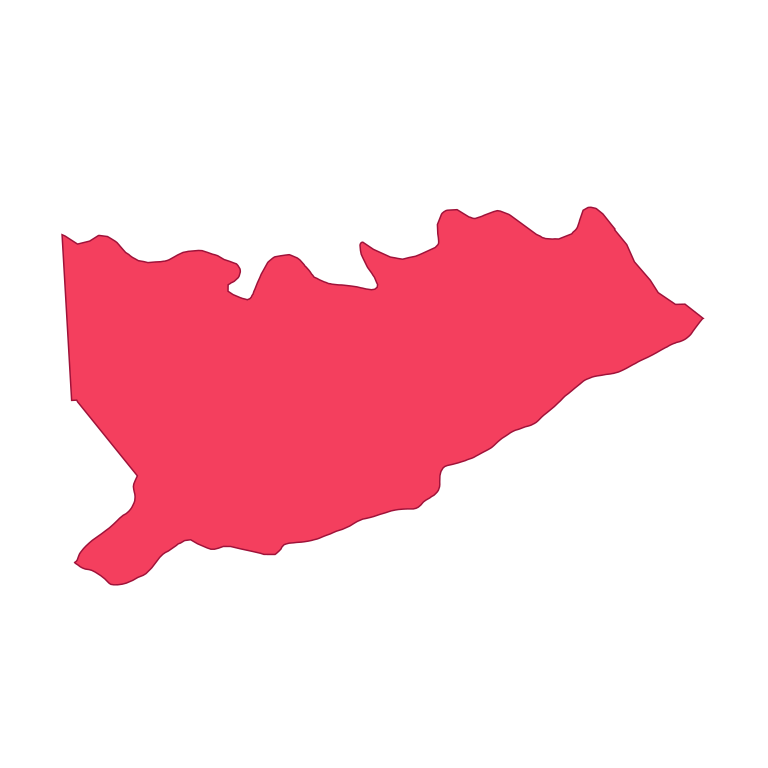 Catin, Laborie, Saint Lucia (Mercator projection), rotated 85°
{"feature_id": "8701671B96536961646106", "entity_name": "Catin", "entity_type": "district", "adm_level": 2, "iso_a3": "LCA", "parent_name": "Saint Lucia", "parent_adm1": "Laborie", "projection": "mercator", "projection_center": [-60.98, 13.778], "detail": "fine", "context": "isolated", "style": "filled", "palette": "rose", "viewbox_px": 768, "rotation_deg": 85, "n_neighbors": 0, "source": "geoboundaries", "source_scale": "gbopen_adm2", "svg_char_len": 5891}
<svg xmlns="http://www.w3.org/2000/svg" viewBox="0 0 768 768"><g transform="rotate(85 384 384)"><path d="M373.1,696.6L373.3,691.5L375.2,690.7L454.0,637.7L456.1,638.9L458.0,640.0L459.5,640.8L461.9,642.0L464.4,642.6L466.9,642.5L469.6,642.2L472.2,641.8L474.7,641.8L476.0,642.0L478.7,642.5L480.5,643.3L482.9,644.7L485.0,646.0L486.0,646.8L487.0,647.7L488.3,649.0L489.7,650.8L490.8,652.4L492.0,655.2L494.6,659.0L496.9,661.7L500.2,665.8L503.4,670.1L506.0,674.3L508.7,678.6L511.2,682.9L514.3,688.2L516.6,691.4L519.4,695.0L521.7,697.6L524.0,699.8L525.3,701.0L526.7,702.1L528.4,703.0L530.1,703.8L532.5,704.9L533.9,706.1L534.8,707.7L535.5,707.3L536.1,706.6L537.5,704.8L539.6,702.5L541.0,700.4L542.3,697.7L543.2,693.9L544.2,691.3L546.2,688.1L550.2,682.9L553.8,679.1L557.1,676.4L558.6,675.1L559.8,673.5L560.5,670.6L560.8,666.6L560.6,662.3L559.9,658.1L557.7,651.4L555.2,646.0L553.6,640.6L552.1,637.6L548.1,632.8L546.9,631.4L541.1,626.1L537.2,622.6L534.3,619.1L532.8,616.5L531.6,613.4L526.9,605.2L525.3,602.9L524.7,600.6L522.6,596.3L522.3,590.2L526.9,583.7L531.9,574.4L533.5,570.8L533.8,567.3L533.1,563.1L531.8,558.2L532.5,550.9L535.7,541.3L539.1,530.3L541.9,521.7L543.3,518.4L544.3,507.4L543.5,506.1L542.9,505.3L541.4,503.3L539.5,501.1L537.5,499.9L535.4,497.6L534.8,495.4L534.3,492.4L534.3,487.7L534.2,484.7L534.3,480.0L534.2,477.2L533.9,472.9L533.5,469.6L533.1,467.6L532.5,463.8L531.9,461.7L530.5,457.4L529.7,454.6L528.6,450.4L527.7,447.9L526.5,444.3L525.1,438.0L522.5,430.5L519.9,425.4L518.5,422.4L516.7,416.9L516.4,413.9L515.7,409.1L515.1,405.8L513.5,399.3L512.4,393.8L511.5,390.0L511.0,387.8L510.5,383.6L510.3,380.7L510.3,375.9L510.5,371.3L510.8,368.2L511.0,365.7L510.6,362.9L509.7,360.6L507.8,357.9L506.5,356.6L505.6,355.7L504.8,354.8L503.4,352.5L502.5,350.6L501.5,348.4L500.2,346.3L499.2,344.0L497.8,342.2L496.1,340.3L494.6,339.1L493.3,338.5L491.2,337.6L489.1,337.2L486.2,337.0L480.2,336.3L476.1,334.9L474.7,333.9L474.3,333.6L472.9,332.6L471.5,330.7L470.7,328.0L470.4,325.6L470.0,322.7L469.5,319.8L469.0,316.9L468.4,314.3L467.4,309.7L466.7,307.7L466.0,304.9L465.6,303.1L464.9,301.0L463.6,298.2L462.9,296.5L461.3,292.9L460.2,290.3L459.1,287.6L458.2,285.5L457.0,283.0L456.2,281.7L454.5,279.4L453.6,278.3L451.6,275.8L450.1,273.7L448.4,271.2L447.2,268.9L446.0,266.6L445.0,264.8L443.5,262.2L442.4,259.7L441.5,257.2L440.8,253.6L438.9,246.9L438.5,244.2L438.1,242.3L437.7,240.8L436.9,238.9L436.5,237.8L435.5,235.8L434.3,234.1L433.0,232.5L430.9,230.1L429.0,227.6L426.9,224.4L424.8,221.3L423.4,219.3L421.4,216.4L419.8,214.4L418.1,212.3L416.1,209.7L413.6,206.9L412.0,205.0L411.0,203.5L409.4,200.9L404.9,194.5L400.1,187.4L398.4,185.0L397.5,183.2L396.9,181.6L396.3,179.5L395.6,177.2L395.2,175.9L394.8,173.6L394.5,170.8L394.3,166.9L393.8,162.0L393.7,157.8L393.5,155.9L393.4,154.3L392.9,151.7L392.5,149.4L391.7,147.0L390.8,144.5L389.5,141.2L387.7,137.2L386.4,134.3L385.3,131.5L384.3,129.5L383.3,127.1L382.0,123.6L380.3,118.8L378.2,113.6L376.2,109.1L374.2,104.8L373.4,103.0L372.3,100.5L371.6,98.5L371.0,97.4L370.2,95.6L369.6,94.0L368.9,91.9L368.6,90.4L368.1,89.1L367.7,86.5L367.4,85.0L366.6,82.5L365.7,80.3L364.8,78.7L364.0,77.5L362.8,75.8L361.8,74.6L360.8,73.6L359.2,72.3L358.3,71.6L356.6,70.1L355.9,69.5L354.0,67.8L352.1,66.1L349.5,63.7L346.8,61.1L346.5,60.3L330.7,77.2L330.1,86.7L316.9,102.9L303.8,109.7L284.1,123.9L266.3,130.0L250.5,140.8L249.8,140.4L245.2,143.5L233.7,151.1L227.8,157.2L227.5,157.8L227.3,158.3L226.0,162.4L225.9,164.5L226.0,165.5L228.3,170.5L238.4,175.0L239.2,175.2L244.8,177.7L245.2,178.0L246.5,179.0L247.7,180.3L249.1,182.3L250.8,183.9L254.8,197.4L254.3,201.1L254.3,203.6L253.3,209.8L253.2,210.5L252.8,211.2L251.9,213.6L250.4,215.4L248.3,219.1L227.2,243.2L225.9,244.9L221.9,253.1L221.2,256.0L221.8,259.5L224.6,269.5L225.4,271.6L225.9,273.6L226.2,275.0L227.1,278.8L226.7,281.0L225.5,283.4L225.0,284.8L216.7,296.0L216.5,302.2L216.4,305.7L216.6,307.0L216.9,307.7L217.6,309.2L219.0,311.2L220.0,312.0L229.8,316.9L238.8,317.3L239.3,317.3L242.9,317.1L246.3,317.1L248.4,317.3L249.8,318.0L251.9,320.4L252.5,321.1L257.4,334.8L258.2,337.2L258.4,337.8L259.5,341.5L260.2,347.9L261.3,354.6L260.0,359.7L259.5,361.3L258.1,366.6L249.0,382.7L240.9,392.7L240.9,393.6L241.4,394.6L242.6,395.5L243.7,395.8L248.9,395.8L252.7,395.4L256.4,394.1L265.5,390.6L266.6,390.1L272.8,386.4L274.3,385.7L276.9,384.2L282.3,382.5L284.4,381.7L287.1,382.4L288.8,385.0L289.0,388.4L288.8,389.1L287.8,393.5L286.5,397.4L286.2,398.6L284.9,402.4L283.6,407.9L282.4,413.7L281.7,417.3L281.3,420.7L280.0,427.2L279.5,428.6L279.1,430.5L277.8,432.9L277.1,434.6L274.5,439.3L273.0,441.5L271.5,444.3L269.2,445.7L268.4,446.4L265.8,447.8L264.2,448.8L260.7,451.4L259.3,452.7L258.7,452.9L258.0,453.3L253.3,456.8L252.6,457.5L250.9,459.4L247.7,465.4L246.9,467.1L247.0,471.0L247.3,476.1L247.8,481.5L248.0,482.2L249.0,484.0L252.3,488.7L253.2,489.5L264.0,496.8L267.1,498.4L272.2,501.3L278.4,504.4L280.3,505.5L283.1,506.7L284.2,507.7L285.5,508.4L286.1,508.8L286.5,509.3L287.0,509.8L287.5,510.6L287.9,512.2L288.2,512.7L287.4,514.7L286.3,517.9L285.8,518.8L285.6,519.4L282.2,525.8L281.9,526.4L281.6,526.8L278.0,531.3L275.0,531.0L273.9,530.9L271.5,530.6L270.6,528.6L269.8,527.3L269.4,526.0L268.6,524.2L265.4,520.0L264.2,519.1L263.6,518.8L259.9,517.4L258.9,517.3L257.9,517.3L256.6,517.5L253.2,519.2L251.5,520.5L250.2,523.3L248.4,527.0L246.6,531.2L246.1,532.4L241.7,538.5L240.5,541.3L239.8,543.4L237.6,548.2L235.3,553.6L234.8,557.2L234.8,567.6L235.0,568.8L235.4,572.7L237.5,578.4L238.8,581.2L241.5,587.2L242.1,589.3L242.3,590.7L242.5,591.2L242.5,593.2L242.7,595.8L242.5,601.5L242.5,602.7L242.5,608.6L241.1,612.7L240.3,615.8L239.7,618.0L237.7,620.9L236.0,623.5L234.2,625.6L232.7,627.0L230.5,629.9L227.3,632.3L224.5,634.3L224.1,634.7L223.2,635.2L219.8,637.7L218.9,638.7L218.5,639.1L215.2,643.5L213.0,646.6L211.3,654.2L211.2,655.5L216.0,664.8L216.1,665.5L217.9,677.1L208.8,688.8L207.2,691.7L373.1,696.6Z" fill="#f43f5e" stroke="#9f1239" stroke-width="1.5"/></g></svg>